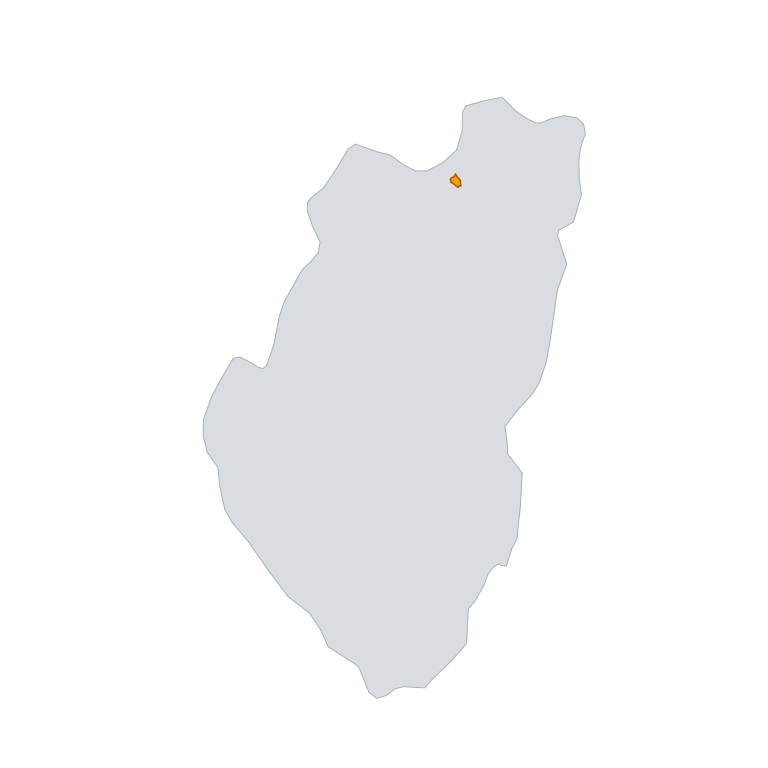 location of Ramjar, Tashigang, Bhutan, rotated 284°
{"feature_id": "84629894B19422058596981", "entity_name": "Ramjar", "entity_type": "district", "adm_level": 2, "iso_a3": "BTN", "parent_name": "Bhutan", "parent_adm1": "Tashigang", "projection": "mercator", "projection_center": [91.58, 27.409], "detail": "fine", "context": "in_parent", "style": "filled", "palette": "amber", "viewbox_px": 768, "rotation_deg": 284, "n_neighbors": 0, "source": "geoboundaries", "source_scale": "gbopen_adm2", "svg_char_len": 2879}
<svg xmlns="http://www.w3.org/2000/svg" viewBox="0 0 768 768"><g transform="rotate(284 384 384)"><path d="M607.9,332.1L606.8,336.8L601.7,349.3L598.3,362.9L601.1,374.0L612.7,387.2L628.3,397.8L648.2,398.6L666.5,394.5L673.8,396.2L683.7,413.9L690.8,429.2L681.2,444.9L675.9,458.7L674.0,468.5L675.2,472.8L681.1,480.7L688.0,494.2L688.9,506.6L684.6,514.8L675.2,518.9L665.1,517.7L656.9,517.9L646.5,519.3L630.3,523.9L615.2,529.8L587.0,528.7L575.6,516.5L570.3,516.4L544.6,532.3L516.6,529.5L465.6,534.8L444.3,536.1L422.4,534.3L411.3,530.9L390.7,519.8L372.0,511.7L353.1,519.1L346.4,520.5L331.1,539.6L298.2,545.9L265.3,550.5L255.6,547.9L237.0,546.8L236.3,542.3L236.9,538.0L232.7,534.6L225.2,531.0L212.2,529.5L195.6,524.8L186.1,520.2L152.3,526.9L132.7,516.9L110.3,503.0L99.0,497.0L94.9,475.6L91.0,468.7L82.2,461.4L77.2,452.9L81.2,444.1L103.4,427.8L105.2,423.9L115.5,393.4L129.8,382.2L143.9,366.8L154.6,342.2L175.2,316.9L197.8,291.0L213.3,269.8L223.6,260.0L244.9,249.4L262.7,243.2L275.0,229.0L289.9,221.1L305.1,217.5L327.8,219.4L349.1,224.5L372.5,231.6L375.2,237.3L373.2,247.3L369.8,257.5L369.7,262.8L373.3,265.6L396.2,267.6L424.2,266.0L439.9,267.4L474.9,276.8L485.1,283.4L495.8,288.5L506.3,287.6L519.5,276.7L533.5,267.5L542.1,266.0L548.3,269.0L559.5,277.8L582.5,286.1L603.1,292.3L609.8,298.2L607.5,323.6L607.9,332.1Z" fill="#d9dde1" stroke="#a8b0b8" stroke-width="1"/><path d="M604.8,402.9L604.9,402.7L605.0,402.5L604.8,402.4L604.7,402.3L604.4,402.3L604.1,402.3L603.9,402.3L603.7,402.2L603.4,402.2L603.2,402.1L602.8,402.0L602.5,401.9L602.4,401.9L602.1,401.7L602.0,401.4L601.6,401.1L601.5,400.9L601.4,400.9L601.2,400.7L601.0,400.4L600.9,400.3L600.9,400.2L600.7,400.0L600.6,399.9L600.4,399.7L600.2,399.5L599.9,399.4L599.7,399.2L599.3,399.1L598.6,398.9L598.3,399.0L598.2,399.0L597.8,399.1L597.6,399.2L597.5,399.3L597.3,399.5L597.2,399.7L597.1,399.9L596.8,400.0L596.7,400.0L596.1,400.1L595.8,400.3L595.7,400.4L595.6,400.6L595.7,400.8L595.8,400.9L595.9,401.0L595.7,401.4L595.5,401.7L595.5,401.8L595.4,401.9L595.4,402.0L595.2,402.3L595.2,402.5L595.1,402.9L595.1,403.0L594.9,403.5L594.8,403.9L594.8,404.0L594.6,404.5L594.2,405.0L593.8,405.3L593.6,405.7L593.5,405.8L593.4,406.0L593.3,406.3L593.2,406.7L593.2,407.1L593.1,407.5L592.9,407.7L592.8,408.0L592.8,408.3L592.9,408.6L593.0,408.6L593.4,408.6L593.6,408.7L593.9,408.7L594.2,408.8L594.4,408.9L594.4,409.0L594.4,409.3L594.4,409.5L594.5,409.7L594.9,410.7L595.2,410.7L595.4,410.5L595.9,410.3L596.7,409.9L597.4,409.7L597.9,409.5L598.5,409.3L599.0,409.1L599.3,409.0L599.6,409.0L600.1,408.9L600.3,408.8L600.3,408.7L600.4,408.4L600.5,408.2L600.6,407.9L600.9,407.6L601.1,407.4L601.3,407.1L601.6,406.7L601.8,406.5L601.9,406.3L602.0,406.0L602.2,405.7L602.4,405.5L602.5,405.1L602.7,404.9L603.0,404.5L603.3,404.2L603.6,404.0L603.8,404.0L603.9,403.8L604.3,403.4L604.6,403.1L604.8,403.0L604.8,402.9Z" fill="#f59e0b" stroke="#b45309" stroke-width="1.5"/></g></svg>